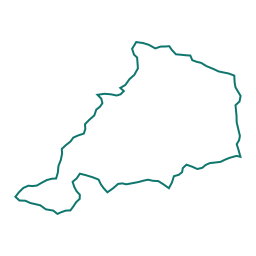 the district of Alto Caparaó, Minas Gerais, Brazil
{"feature_id": "56859067B94764678616767", "entity_name": "Alto Caparaó", "entity_type": "district", "adm_level": 2, "iso_a3": "BRA", "parent_name": "Brazil", "parent_adm1": "Minas Gerais", "projection": "albers", "projection_center": [-41.878, -20.458], "detail": "fine", "context": "isolated", "style": "outline", "palette": "teal", "viewbox_px": 256, "rotation_deg": 0, "n_neighbors": 0, "source": "geoboundaries", "source_scale": "gbopen_adm2", "svg_char_len": 1597}
<svg xmlns="http://www.w3.org/2000/svg" viewBox="0 0 256 256"><path d="M186.3,55.3L181.5,54.8L175.9,54.3L171.8,49.9L169.3,46.2L165.0,46.5L160.5,46.6L155.3,48.4L148.8,44.8L142.9,43.0L136.2,42.1L132.1,48.8L134.0,54.6L137.1,57.5L137.5,62.7L137.9,68.4L134.3,74.9L129.5,79.1L125.3,85.0L120.3,87.9L123.8,91.1L120.6,94.3L116.7,95.5L110.9,94.3L104.4,93.8L97.5,94.8L101.3,98.7L102.4,103.1L100.1,106.6L96.3,109.6L94.3,115.4L89.4,119.7L85.0,124.2L85.3,129.0L83.8,133.6L78.0,135.5L73.3,137.6L70.5,141.5L65.8,145.2L61.8,148.9L62.1,153.6L60.8,160.0L58.5,165.8L57.8,172.8L56.1,178.5L51.9,178.7L46.7,180.1L40.7,183.3L37.0,185.5L32.4,186.1L28.4,185.7L23.4,187.9L18.8,192.4L15.4,196.8L19.4,200.5L25.2,200.7L30.3,203.0L35.1,204.1L40.3,205.3L45.8,209.3L53.3,210.6L57.4,213.9L61.7,212.0L65.8,210.6L70.4,210.4L73.3,206.5L76.2,202.1L79.7,198.9L79.8,194.7L76.6,191.2L74.3,187.0L72.6,181.8L76.6,178.5L79.9,173.7L85.9,175.2L93.1,177.4L98.6,179.6L100.8,184.2L103.5,188.0L107.4,192.3L113.2,188.2L118.1,183.9L122.4,183.4L126.2,184.3L131.8,183.3L138.6,182.0L142.9,180.8L147.9,179.7L152.9,180.8L158.3,181.1L163.7,184.5L168.9,188.2L171.9,182.6L173.9,176.2L178.8,174.8L182.1,172.2L182.8,168.1L186.5,164.7L192.2,166.7L197.3,169.0L202.3,167.8L205.7,164.9L209.9,163.1L220.4,161.9L225.0,159.7L229.4,157.9L236.5,155.9L240.4,156.8L238.7,150.5L236.7,144.2L239.1,140.2L239.9,135.9L236.7,122.5L236.5,115.7L235.5,105.2L239.5,101.5L240.6,95.9L235.5,87.4L234.6,82.3L234.3,75.6L228.7,73.5L224.2,72.6L218.5,71.4L213.7,69.1L206.4,66.1L201.2,62.9L196.4,61.7L192.3,60.2L190.3,55.5L186.3,55.3Z" fill="none" stroke="#0f766e" stroke-width="2"/></svg>